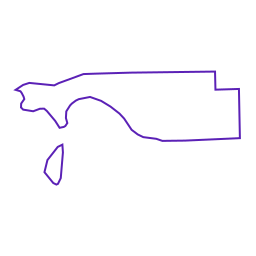 outline of Ottawa, Ohio, United States of America, rotated 179°
{"feature_id": "52423323B40981635802423", "entity_name": "Ottawa", "entity_type": "district", "adm_level": 2, "iso_a3": "USA", "parent_name": "United States of America", "parent_adm1": "Ohio", "projection": "orthographic", "projection_center": [-82.902, 41.591], "detail": "fine", "context": "isolated", "style": "outline", "palette": "violet", "viewbox_px": 256, "rotation_deg": 179, "n_neighbors": 0, "source": "geoboundaries", "source_scale": "gbopen_adm2", "svg_char_len": 931}
<svg xmlns="http://www.w3.org/2000/svg" viewBox="0 0 256 256"><g transform="rotate(179 128 128)"><path d="M159.8,182.9L171.6,182.7L196.4,174.1L201.0,171.9L225.9,174.8L232.1,172.9L239.7,168.1L234.9,166.6L233.7,164.9L231.9,161.3L231.4,159.5L231.2,158.7L234.4,154.3L234.6,150.4L232.5,148.2L222.5,146.4L215.7,148.8L211.9,148.8L211.5,148.8L208.8,146.4L200.7,136.4L196.4,129.4L192.2,130.2L190.6,131.1L188.6,134.0L189.9,139.1L189.4,145.7L185.5,151.6L183.7,153.4L179.7,156.3L176.7,157.7L165.4,159.7L154.4,155.6L145.1,149.7L136.3,142.6L131.7,137.5L124.4,126.1L118.4,121.4L112.9,118.6L99.9,116.7L93.8,114.5L88.6,114.5L71.3,114.4L16.3,115.9L16.4,165.1L39.9,164.8L40.0,182.9L124.1,183.3L133.0,183.2L133.4,183.2L159.8,182.9ZM193.5,104.7L193.5,104.8L193.9,112.5L198.6,110.3L202.8,105.1L209.1,97.4L212.3,85.3L212.1,85.0L211.2,83.9L203.7,74.3L200.6,72.7L199.0,73.4L196.1,79.1L193.5,104.7Z" fill="none" stroke="#5b21b6" stroke-width="2"/></g></svg>